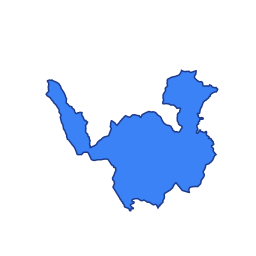 the district of Dharmasraya, Sumatera Barat, Indonesia, rotated 110°
{"feature_id": "22746128B7219534805401", "entity_name": "Dharmasraya", "entity_type": "district", "adm_level": 2, "iso_a3": "IDN", "parent_name": "Indonesia", "parent_adm1": "Sumatera Barat", "projection": "orthographic", "projection_center": [101.535, -1.251], "detail": "fine", "context": "isolated", "style": "filled", "palette": "blue", "viewbox_px": 256, "rotation_deg": 110, "n_neighbors": 0, "source": "geoboundaries", "source_scale": "gbopen_adm2", "svg_char_len": 5747}
<svg xmlns="http://www.w3.org/2000/svg" viewBox="0 0 256 256"><g transform="rotate(110 128 128)"><path d="M203.3,104.1L203.4,99.6L205.0,98.3L205.0,97.5L204.7,97.1L203.2,97.4L202.7,97.1L202.2,95.6L201.6,95.5L201.3,95.9L200.8,97.9L199.9,99.2L199.3,99.4L198.3,98.8L196.9,97.0L196.0,96.8L195.3,97.3L195.6,98.4L195.5,99.1L195.3,99.4L194.3,99.5L193.5,99.1L192.2,97.5L191.0,94.6L191.8,91.0L191.4,89.7L190.3,88.5L190.3,87.7L191.1,84.2L191.0,83.8L190.5,83.3L190.4,82.7L191.2,79.8L191.5,77.8L190.4,76.3L190.4,75.4L190.7,74.7L192.8,72.5L191.0,72.1L190.3,71.6L190.1,72.1L189.7,71.9L189.0,71.3L185.6,69.8L184.4,70.4L182.5,70.0L180.4,70.1L178.2,71.3L176.8,71.1L172.0,67.2L169.0,65.7L166.0,65.4L163.8,64.7L163.3,64.3L163.1,64.0L168.1,55.7L167.7,48.6L167.5,48.4L165.1,49.9L164.0,49.8L162.9,49.5L161.9,48.7L160.9,46.9L159.8,44.4L159.3,42.7L159.0,42.3L155.7,40.8L154.6,40.8L152.1,41.3L148.1,40.1L146.4,40.2L145.5,40.5L143.9,42.2L143.2,42.4L140.3,41.9L138.6,41.8L137.0,42.2L136.0,42.2L134.6,40.8L134.1,39.9L131.6,38.4L128.9,37.4L125.8,37.3L124.0,37.0L123.0,36.2L122.9,36.5L122.6,36.7L122.0,37.5L121.9,37.9L121.1,39.3L120.3,40.1L118.3,40.6L117.7,41.4L117.7,41.8L117.2,42.7L116.6,43.2L116.0,43.3L115.1,42.4L114.2,41.9L113.6,42.0L113.0,42.7L111.6,43.4L111.6,43.8L111.3,44.2L111.3,44.7L111.0,44.7L111.0,45.4L110.3,45.9L110.0,45.8L109.6,46.8L110.1,47.9L110.2,48.8L108.8,48.6L108.6,48.8L107.9,51.7L106.6,52.5L105.2,52.6L105.1,52.9L104.6,53.2L104.6,53.5L105.2,54.2L106.0,54.4L106.3,55.1L106.1,57.0L106.4,58.3L106.3,58.7L106.0,58.7L105.8,59.0L105.2,59.2L105.5,60.0L105.7,60.3L107.1,60.2L108.5,60.4L109.1,60.8L109.3,61.5L109.3,61.9L109.0,62.2L105.0,62.1L103.2,63.7L102.2,64.2L100.6,63.8L100.1,63.1L99.7,63.1L98.7,63.8L98.3,63.9L97.7,63.6L97.3,63.1L95.3,63.5L94.3,61.1L93.8,60.5L93.4,60.6L93.0,60.9L92.8,61.5L93.1,62.6L93.5,63.0L93.8,63.8L93.7,65.5L93.0,66.0L91.9,66.2L91.8,67.1L90.6,67.7L89.9,66.1L89.4,65.8L86.0,66.5L85.3,66.3L84.1,66.5L83.3,66.1L78.5,66.1L77.3,65.9L77.0,65.5L76.0,65.1L75.1,64.1L74.8,64.2L72.3,62.6L70.7,62.4L70.3,61.8L69.7,61.7L69.4,61.7L68.9,62.1L67.2,61.3L65.0,59.5L64.1,58.2L64.0,57.5L62.8,57.1L61.0,56.9L60.6,57.4L60.4,58.5L59.8,59.0L60.4,60.2L60.7,62.4L60.4,63.5L59.7,64.1L59.6,66.1L60.8,66.2L61.2,66.5L61.4,68.2L62.1,69.6L62.7,71.8L62.1,72.4L60.4,73.1L59.7,73.7L59.4,75.1L60.0,76.3L60.2,77.2L59.8,78.4L59.8,79.0L58.4,82.2L57.6,83.0L55.5,83.2L54.4,82.7L51.0,83.5L51.1,83.9L53.6,86.9L54.2,88.0L54.4,88.5L53.9,90.2L55.7,94.3L55.8,95.4L55.6,97.4L56.4,97.2L58.5,97.5L59.8,97.8L61.2,98.6L63.4,101.3L65.2,104.2L67.9,106.8L68.8,107.5L69.3,107.5L69.7,107.5L70.6,106.9L72.4,106.7L74.8,105.3L75.9,105.6L77.3,106.4L78.0,106.5L78.7,106.3L79.4,105.7L80.1,105.5L84.4,106.4L87.7,105.4L89.9,103.9L91.1,104.2L92.8,103.9L93.2,103.4L93.2,103.1L91.9,100.2L91.4,97.4L91.8,95.8L91.1,94.0L90.9,92.6L91.0,91.9L91.4,91.3L91.7,90.3L92.7,89.0L92.7,88.7L91.6,86.4L91.5,85.9L91.7,85.5L92.6,85.2L93.9,85.3L95.2,84.9L97.4,86.1L98.2,86.2L100.5,85.4L101.3,85.4L104.4,84.1L105.0,83.6L105.3,82.9L107.1,81.7L107.6,80.3L107.7,78.9L108.0,78.0L108.5,77.6L109.5,77.3L110.8,77.8L113.5,78.2L114.5,78.8L114.9,79.4L114.8,81.0L115.6,82.6L115.6,82.9L115.0,83.8L114.7,85.3L113.5,86.0L113.1,86.8L111.8,88.2L111.5,89.7L112.0,92.7L111.7,94.3L110.7,96.6L108.8,98.9L106.9,100.6L106.3,101.5L105.8,104.1L104.2,107.0L104.0,107.9L104.1,109.7L105.1,111.7L105.2,113.5L105.5,114.2L107.4,116.3L110.6,119.2L113.6,119.6L113.7,120.3L112.6,121.6L113.1,123.8L113.2,126.0L114.1,128.1L114.7,128.6L116.8,129.5L117.1,129.9L117.5,131.6L117.3,134.5L118.5,135.3L120.3,135.9L121.5,136.6L123.1,137.0L123.8,137.5L126.4,138.1L127.0,138.5L128.9,139.0L129.1,139.4L129.0,140.0L128.7,140.8L127.9,141.7L127.5,142.8L126.8,145.6L126.8,145.9L127.0,146.1L130.0,145.8L131.3,145.2L132.7,145.2L134.2,143.5L141.7,143.6L142.2,143.9L144.7,147.4L146.0,148.4L148.3,149.5L149.2,150.4L151.8,151.7L153.8,152.0L155.0,152.5L159.3,156.5L159.3,156.9L158.0,157.1L156.7,158.5L155.6,158.7L154.7,159.1L152.6,159.4L151.9,160.5L150.2,161.1L149.7,161.5L149.5,162.6L149.0,163.1L148.0,163.5L147.7,163.8L147.2,164.7L147.1,165.3L146.2,166.5L145.0,166.8L144.1,167.3L143.1,167.2L142.8,167.6L141.1,168.2L140.4,168.7L139.1,168.5L138.2,168.0L137.4,168.4L137.1,168.3L136.9,168.0L136.3,168.0L135.8,169.7L135.3,170.3L135.6,171.0L135.5,171.8L132.8,174.2L132.1,175.3L131.1,176.2L129.8,176.3L129.3,176.5L129.4,177.4L129.9,178.8L130.5,179.4L131.0,180.5L132.0,181.2L132.1,182.2L130.7,184.0L129.7,184.4L129.0,185.1L128.5,187.1L128.0,187.6L127.5,187.7L127.2,188.5L127.5,189.8L127.4,190.6L125.9,193.3L125.8,194.4L125.2,194.8L124.0,195.1L123.8,195.3L121.7,195.7L119.8,197.6L118.8,198.2L116.7,200.3L114.7,202.9L114.3,203.7L111.7,205.9L110.0,208.3L109.4,211.0L109.3,214.5L108.9,216.0L109.6,216.5L109.7,216.9L109.7,218.1L111.1,219.8L111.6,219.7L113.1,217.8L114.8,217.2L116.6,217.0L118.2,216.2L119.0,216.0L120.0,215.2L120.7,215.1L123.4,216.3L124.3,216.4L125.3,215.1L126.1,211.6L127.9,209.1L128.5,207.7L129.7,206.3L130.7,203.9L134.1,199.3L134.7,198.8L136.7,198.2L138.5,195.4L139.6,195.2L140.9,195.4L145.6,192.3L147.1,190.4L151.0,188.2L151.4,187.2L151.9,187.0L152.2,186.3L154.9,184.1L155.5,183.2L157.4,182.6L158.0,181.8L159.3,181.1L159.5,179.6L162.8,174.7L164.3,172.0L166.4,169.8L170.1,166.8L170.2,166.1L168.9,162.7L167.8,162.0L166.2,161.6L165.5,160.2L164.6,157.6L165.3,156.5L169.9,151.9L170.3,150.9L170.2,149.4L169.8,148.1L168.2,145.7L167.0,142.4L165.5,140.0L164.7,138.1L164.3,136.4L164.7,135.4L168.3,130.7L168.6,128.7L169.8,127.9L169.5,127.0L169.7,126.0L170.7,125.8L171.6,125.0L172.2,124.8L173.7,125.1L176.4,125.0L180.0,125.4L180.7,125.3L181.9,124.6L182.9,122.6L184.1,122.2L184.7,121.7L188.7,121.9L196.0,112.6L197.5,111.0L197.9,110.1L199.1,109.0L199.5,107.5L200.6,107.0L201.2,105.6L201.6,105.2L202.8,104.7L203.3,104.1Z" fill="#3b82f6" stroke="#1e3a8a" stroke-width="1.5"/></g></svg>